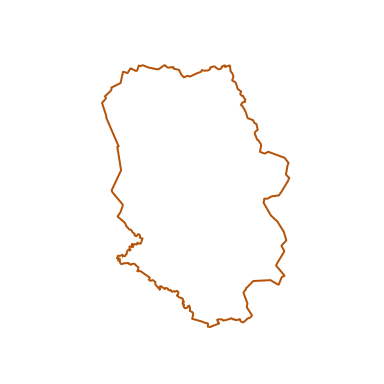 outline of Tomsk, rotated 60°
{"feature_id": "RUS-2167", "entity_name": "Tomsk", "entity_type": "Region", "adm_level": 1, "iso_a3": "RUS", "parent_name": "Russia", "parent_adm1": "", "projection": "orthographic", "projection_center": [83.174, 58.364], "detail": "fine", "context": "isolated", "style": "outline", "palette": "amber", "viewbox_px": 384, "rotation_deg": 60, "n_neighbors": 0, "source": "natural_earth", "source_scale": "10m", "svg_char_len": 5926}
<svg xmlns="http://www.w3.org/2000/svg" viewBox="0 0 384 384"><g transform="rotate(60 192 192)"><path d="M215.1,93.9L215.4,94.2L217.1,96.3L222.0,100.3L223.0,101.4L223.8,101.9L228.6,100.8L229.0,101.6L230.3,103.1L236.9,115.1L237.5,116.7L238.3,118.1L238.3,118.6L238.2,119.1L237.5,120.3L236.6,123.2L235.7,124.4L235.6,125.6L235.5,129.8L235.4,130.3L235.3,130.6L234.3,131.9L234.0,132.7L234.1,132.9L234.5,133.3L235.8,134.0L237.1,135.4L251.8,135.4L260.4,132.8L272.4,132.4L280.9,134.4L281.1,134.6L281.3,135.0L282.8,140.4L283.3,141.3L283.7,141.5L288.9,141.6L289.4,141.8L290.1,142.7L297.0,155.1L297.6,155.8L298.1,155.9L310.1,153.8L310.8,153.9L310.6,156.2L310.7,156.8L311.0,157.4L315.4,163.0L315.4,163.4L314.9,164.0L307.6,168.1L300.0,182.9L299.8,183.8L302.2,192.2L302.3,193.1L302.6,193.5L303.5,194.3L303.7,195.4L304.7,197.5L305.3,197.9L315.8,199.6L316.3,199.8L319.1,202.1L319.8,202.2L328.6,201.7L328.8,201.9L329.5,202.8L329.8,204.2L329.4,207.2L330.4,211.9L330.5,212.5L330.4,213.0L330.1,213.4L328.3,214.5L327.3,214.5L326.4,214.1L326.0,214.2L325.9,214.5L325.7,215.8L325.5,216.6L324.8,218.2L324.4,218.6L323.6,218.7L322.9,220.0L322.5,220.4L321.1,220.9L321.0,221.4L320.2,225.4L319.1,229.0L318.8,229.3L317.7,229.5L317.4,229.7L315.4,233.0L315.2,233.9L315.4,234.1L317.5,234.5L318.3,234.4L319.1,234.1L319.3,234.2L319.4,234.6L319.3,235.3L318.2,241.6L318.1,243.6L316.6,245.5L316.0,245.3L314.0,244.0L313.5,244.2L312.2,245.7L308.8,248.5L307.0,250.3L305.4,251.7L302.1,255.2L301.9,255.2L298.5,252.1L297.1,251.7L296.2,251.8L293.9,253.3L292.8,252.4L291.1,251.6L289.4,251.3L289.0,251.4L288.8,251.9L288.8,252.1L289.0,252.6L289.7,253.6L289.8,254.1L289.7,254.7L289.3,256.0L288.9,256.3L286.9,256.6L285.7,255.4L284.8,256.0L283.6,255.8L283.4,255.6L283.3,255.4L283.6,254.6L282.9,253.9L282.5,253.8L281.8,254.3L280.0,253.4L279.1,253.7L278.6,254.5L278.0,254.7L277.5,255.1L276.8,255.9L275.6,256.2L274.2,256.8L274.0,256.6L273.9,255.8L273.7,255.4L272.3,254.0L270.4,254.2L270.3,254.3L270.2,254.6L269.7,256.7L268.8,257.2L268.6,258.6L268.4,259.1L268.0,259.4L266.3,259.5L266.3,260.2L266.1,260.6L264.8,261.4L264.5,261.5L263.7,261.2L263.4,261.3L262.0,262.7L262.4,263.7L262.4,264.0L258.5,265.7L258.1,266.0L257.8,266.6L257.8,267.0L258.0,267.3L259.8,267.8L260.2,268.2L260.3,268.7L254.1,269.9L252.8,269.6L251.7,268.8L249.2,269.6L248.8,269.9L248.5,270.7L248.3,272.0L248.0,272.5L246.5,273.1L246.2,272.4L245.3,271.8L245.1,271.5L244.2,271.8L234.9,276.1L234.5,276.6L233.7,278.4L233.2,278.8L232.8,278.5L232.3,277.5L232.0,277.1L231.3,276.6L230.5,276.2L230.1,276.2L228.1,277.1L226.1,277.5L225.5,277.8L225.1,278.1L224.5,279.5L224.4,279.9L224.4,281.1L224.3,281.5L223.5,281.8L222.8,282.5L221.7,282.6L221.4,283.0L221.2,283.9L220.4,284.9L220.2,285.9L219.5,287.0L219.5,287.4L219.6,287.9L219.5,288.3L218.9,289.3L218.5,289.5L217.4,289.6L215.7,289.0L215.4,289.1L214.7,289.9L214.4,290.1L214.1,290.0L214.0,289.6L214.4,288.8L214.5,288.3L214.3,288.1L214.0,288.1L212.5,288.8L212.1,289.8L211.9,290.0L211.7,289.9L211.7,289.5L211.6,289.2L210.4,288.3L210.3,288.0L210.4,287.6L210.6,287.2L211.3,286.4L211.6,283.9L213.1,284.1L213.0,282.9L213.9,282.4L214.0,282.3L214.0,282.0L213.9,281.7L212.8,280.1L212.7,279.9L212.9,279.5L212.1,279.0L210.7,277.4L210.4,276.9L210.4,276.3L211.6,275.0L211.6,274.9L211.5,274.6L211.1,274.1L210.2,274.6L209.9,274.6L208.1,273.4L208.1,273.1L208.5,272.7L208.7,272.2L208.5,271.7L208.6,271.4L209.0,271.0L209.7,271.3L210.1,270.8L209.2,269.7L207.9,270.6L207.4,270.3L207.1,269.8L208.6,268.2L208.5,267.6L209.5,266.5L209.8,266.0L209.8,265.7L209.1,265.3L208.7,264.7L210.6,263.2L210.9,262.3L210.8,261.8L207.5,258.2L206.6,259.2L205.7,259.8L205.2,259.8L204.4,259.1L203.7,258.9L202.8,258.9L202.0,259.2L201.7,259.6L201.7,259.9L202.0,261.1L202.4,261.8L202.4,262.0L202.3,262.3L201.8,262.8L200.9,263.3L200.7,263.3L199.8,262.7L199.4,262.7L196.8,263.7L195.6,263.5L194.6,263.7L194.1,263.9L192.9,265.1L192.4,265.3L191.4,265.3L188.4,266.0L185.9,265.5L184.3,265.8L176.4,268.6L175.9,268.5L173.9,264.3L169.7,259.3L168.7,258.6L167.9,258.3L154.7,260.7L151.4,261.1L150.2,260.5L137.8,242.6L115.6,234.1L115.6,232.7L85.6,229.2L84.2,228.8L83.4,228.2L69.9,225.4L69.5,224.5L69.2,223.2L68.1,220.3L67.4,219.4L65.6,219.5L63.8,211.9L62.7,210.2L61.4,209.7L61.3,208.8L61.9,200.4L61.9,199.5L61.6,199.1L53.7,191.9L53.5,191.6L54.0,190.9L56.1,189.0L56.5,188.6L56.7,188.2L56.2,187.2L54.4,183.9L54.3,183.4L54.5,183.1L59.2,180.0L59.3,178.7L56.0,174.9L57.2,173.6L57.5,171.5L58.2,170.7L61.9,168.0L67.8,161.5L68.5,160.3L68.9,159.5L68.9,158.6L68.4,153.1L68.5,152.6L68.6,152.2L69.0,151.9L71.3,151.3L72.3,150.5L72.9,149.5L73.7,147.1L74.3,145.9L74.7,145.7L75.5,146.3L76.1,146.2L79.5,142.4L79.8,142.2L84.8,142.6L88.4,141.8L88.7,141.5L89.0,138.6L89.3,137.6L90.7,136.4L91.0,135.9L91.1,135.4L91.6,128.9L92.4,124.2L92.3,123.7L91.5,122.8L91.4,122.6L91.5,122.4L92.9,120.9L93.3,120.4L94.8,117.1L94.8,116.7L94.7,115.4L94.5,114.7L94.2,114.5L93.4,114.2L93.5,112.9L94.2,110.2L94.8,109.6L95.3,109.2L96.2,109.1L98.7,107.9L99.1,107.4L99.4,106.8L99.6,106.1L99.4,104.3L99.2,104.0L98.6,103.8L98.3,103.4L98.5,101.2L98.7,100.8L98.8,100.8L99.0,100.3L99.8,100.7L100.3,100.7L100.5,100.2L100.5,99.4L101.0,96.9L101.1,96.5L101.4,96.2L102.0,96.1L103.9,97.1L105.0,97.3L106.6,98.2L109.4,97.8L111.9,98.1L112.7,98.5L114.0,99.5L114.8,100.9L115.5,101.3L115.9,101.2L118.5,99.7L119.3,99.5L120.0,99.6L125.5,100.9L129.4,99.3L129.6,99.3L131.0,101.0L131.4,101.2L133.2,101.0L134.2,99.9L134.5,99.7L135.3,100.0L136.0,99.8L136.9,99.9L138.3,99.5L138.6,99.7L139.3,100.6L140.2,100.7L140.4,101.0L140.4,101.3L140.1,101.7L140.0,102.1L139.8,103.9L141.0,106.0L143.6,105.3L149.9,105.5L155.4,106.8L155.8,106.7L156.2,106.6L160.2,103.3L163.7,103.3L164.9,102.4L165.6,102.3L170.9,104.0L171.1,104.2L171.3,106.3L171.4,106.8L172.0,107.8L172.4,108.2L172.8,108.4L179.2,109.4L180.0,108.8L185.2,108.4L186.5,109.0L190.6,112.6L191.1,112.9L191.6,112.7L194.7,110.2L195.0,109.8L195.2,108.8L195.2,106.6L195.2,106.1L195.5,105.7L208.7,94.7L215.1,93.9Z" fill="none" stroke="#b45309" stroke-width="2"/></g></svg>